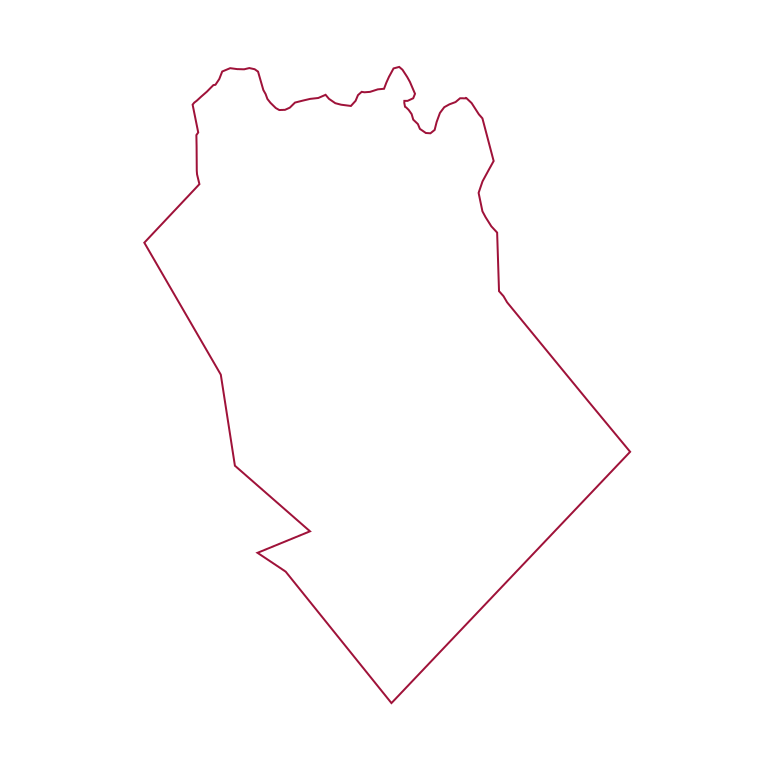 San Miguel Yotao, Oaxaca, Mexico, rotated 275°
{"feature_id": "50627088B59382094146317", "entity_name": "San Miguel Yotao", "entity_type": "district", "adm_level": 2, "iso_a3": "MEX", "parent_name": "Mexico", "parent_adm1": "Oaxaca", "projection": "albers", "projection_center": [-96.324, 17.347], "detail": "fine", "context": "isolated", "style": "outline", "palette": "rose", "viewbox_px": 768, "rotation_deg": 275, "n_neighbors": 0, "source": "geoboundaries", "source_scale": "gbopen_adm2", "svg_char_len": 1448}
<svg xmlns="http://www.w3.org/2000/svg" viewBox="0 0 768 768"><g transform="rotate(275 384 384)"><path d="M645.6,169.0L618.4,177.0L615.6,175.4L604.4,176.6L580.1,178.9L576.5,179.5L567.0,182.7L503.9,132.9L379.1,220.6L289.6,242.6L230.8,323.1L204.8,272.7L188.5,302.4L66.8,419.2L67.6,419.9L337.9,635.1L384.3,589.3L476.1,499.5L481.9,495.4L486.5,490.5L544.7,483.5L550.4,477.2L559.1,470.6L564.6,467.0L582.6,461.6L583.5,461.8L594.5,464.5L606.0,469.5L615.7,473.8L657.2,458.9L660.9,455.0L671.5,446.8L676.1,441.0L676.1,440.8L675.7,440.8L675.3,434.9L671.1,430.7L668.3,424.8L665.0,419.9L658.9,416.1L649.6,413.6L641.5,412.3L637.8,408.4L637.7,403.8L641.3,397.5L645.9,395.1L649.9,390.1L655.3,388.0L659.2,384.7L661.5,381.9L661.8,381.2L662.0,380.8L665.8,379.7L667.8,379.6L668.1,382.8L671.2,388.2L675.8,389.6L687.2,383.5L691.8,380.4L698.7,375.0L701.2,371.5L699.2,366.0L694.1,363.8L690.5,362.2L684.5,360.1L678.1,358.3L677.0,352.2L673.8,344.6L672.9,339.1L673.1,336.3L669.5,332.9L663.6,331.0L658.1,326.8L658.5,316.9L659.5,311.0L663.3,304.3L667.0,300.6L663.2,293.6L661.6,285.6L659.2,278.3L656.6,270.8L651.1,266.1L648.5,261.5L647.8,255.8L649.5,252.1L654.2,246.4L657.8,243.0L662.5,240.8L666.3,238.2L684.2,231.3L686.2,227.9L686.3,227.7L687.0,222.3L685.3,217.2L684.9,210.2L685.2,203.6L685.2,203.2L681.2,195.6L673.4,193.3L667.4,190.0L666.9,188.0L663.7,185.3L659.8,182.1L654.3,176.8L649.9,172.8L647.7,170.4L645.6,169.0Z" fill="none" stroke="#9f1239" stroke-width="2"/></g></svg>